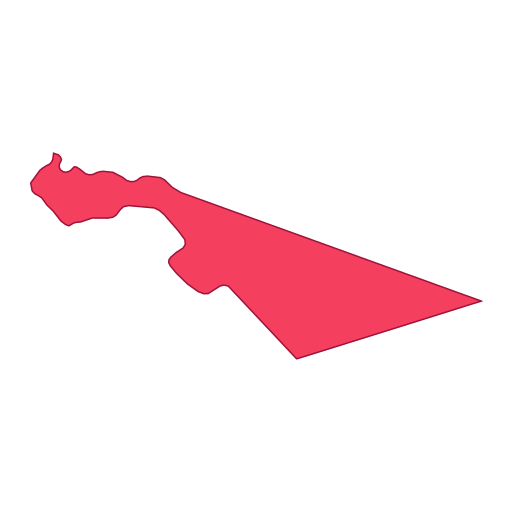 the Province of Zarqa
{"feature_id": "JOR-860", "entity_name": "Zarqa", "entity_type": "Province", "adm_level": 1, "iso_a3": "JOR", "parent_name": "Jordan", "parent_adm1": "", "projection": "natural_earth1", "projection_center": [36.356, 31.849], "detail": "fine", "context": "isolated", "style": "filled", "palette": "rose", "viewbox_px": 512, "rotation_deg": 0, "n_neighbors": 0, "source": "natural_earth", "source_scale": "10m", "svg_char_len": 1183}
<svg xmlns="http://www.w3.org/2000/svg" viewBox="0 0 512 512"><path d="M481.3,301.1L467.1,305.5L407.3,324.3L347.5,343.0L296.9,358.8L296.1,358.3L228.3,286.1L223.8,285.0L219.7,286.2L208.2,293.6L203.7,293.7L198.0,291.5L187.5,284.0L176.7,273.5L170.2,265.7L168.7,262.5L169.0,259.7L170.9,257.1L176.3,252.4L183.1,248.0L185.3,244.4L184.9,239.7L177.9,230.3L164.2,214.6L159.2,210.3L154.2,207.9L128.6,205.6L123.5,206.7L120.6,209.3L116.0,215.2L112.9,217.2L107.9,218.1L92.4,218.0L80.5,222.0L76.6,222.3L73.7,223.0L69.0,225.8L65.8,224.7L61.1,221.2L53.0,210.9L47.2,205.3L41.6,197.7L36.9,194.8L35.3,194.1L33.3,192.2L32.1,190.6L30.7,183.0L39.8,170.4L42.6,168.1L46.4,165.7L49.5,164.2L51.6,162.0L52.8,159.4L53.6,153.2L58.5,154.9L60.5,157.2L61.4,159.2L61.0,161.1L59.9,163.0L59.2,165.1L59.4,167.9L60.6,169.9L63.1,171.7L65.7,172.2L68.5,171.6L70.9,170.2L74.2,166.8L76.6,167.1L79.7,169.1L85.5,173.7L89.2,174.8L92.6,174.5L97.6,172.3L100.1,171.7L103.1,171.3L112.9,172.3L122.6,177.3L126.8,180.5L130.5,181.6L134.2,181.5L137.3,180.1L139.8,178.0L142.9,176.6L147.4,176.1L160.4,177.6L164.6,179.9L172.3,187.4L180.8,192.5L480.8,300.9L481.1,301.0L481.3,301.1Z" fill="#f43f5e" stroke="#9f1239" stroke-width="1.5"/></svg>